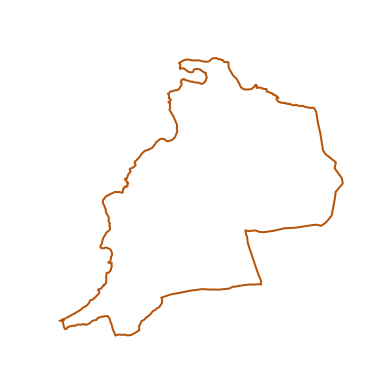 Whitesands, Tafea, Vanuatu (Equal Earth projection), rotated 261°
{"feature_id": "77236927B67758893467366", "entity_name": "Whitesands", "entity_type": "district", "adm_level": 2, "iso_a3": "VUT", "parent_name": "Vanuatu", "parent_adm1": "Tafea", "projection": "equal_earth", "projection_center": [169.437, -19.517], "detail": "fine", "context": "isolated", "style": "outline", "palette": "amber", "viewbox_px": 384, "rotation_deg": 261, "n_neighbors": 0, "source": "geoboundaries", "source_scale": "gbopen_adm2", "svg_char_len": 5952}
<svg xmlns="http://www.w3.org/2000/svg" viewBox="0 0 384 384"><g transform="rotate(261 192 192)"><path d="M87.2,145.0L90.4,145.7L92.4,145.2L93.5,150.9L94.2,155.7L94.3,163.4L94.8,173.4L94.5,187.0L93.0,193.7L91.3,203.9L90.8,213.6L92.1,217.7L91.7,220.4L91.9,223.5L91.9,227.4L91.7,233.6L90.9,238.6L90.5,243.4L89.9,245.5L93.1,246.3L103.0,244.1L129.7,239.6L133.6,239.1L139.4,239.5L141.0,238.8L145.6,238.8L144.4,242.3L144.2,248.4L142.1,252.2L141.1,256.3L140.9,266.7L141.7,277.2L141.0,284.5L140.5,288.5L140.5,306.4L140.2,310.0L138.4,314.3L140.8,319.4L146.9,326.3L163.9,332.3L169.7,334.0L176.8,342.2L182.2,342.2L193.1,336.6L198.9,338.7L208.8,329.5L212.9,327.9L230.4,327.9L240.2,327.2L251.6,327.2L255.7,325.7L256.5,323.8L256.4,322.8L257.1,320.3L257.8,318.9L258.3,317.0L259.7,315.2L260.1,312.0L260.9,309.8L261.7,309.1L261.8,308.1L261.7,306.6L261.7,305.8L263.2,303.0L263.9,302.3L263.9,301.5L263.7,301.4L263.7,301.0L264.2,300.1L264.7,298.6L265.1,298.6L265.3,298.2L265.4,297.3L265.9,295.7L265.9,294.8L267.8,291.4L270.1,290.1L271.7,290.5L271.5,291.9L271.9,291.8L273.2,290.6L273.9,290.3L274.3,289.3L275.3,288.6L275.5,287.3L276.7,286.9L276.9,286.2L277.4,285.6L277.6,284.9L279.0,283.1L279.5,281.7L279.9,281.4L280.1,281.6L280.9,281.7L282.1,281.5L282.8,278.3L283.1,277.9L283.5,277.7L284.0,276.4L284.6,275.4L284.6,272.5L285.1,272.1L285.8,272.8L286.4,272.8L287.8,272.0L287.8,271.5L287.6,271.0L287.1,270.8L286.2,269.8L284.9,267.8L284.3,266.4L284.6,262.6L284.9,261.8L284.9,260.3L285.5,259.1L287.7,256.7L290.4,255.9L292.2,255.6L294.4,254.5L296.0,254.1L297.4,253.4L298.8,252.1L301.4,250.5L304.7,249.3L305.8,248.7L309.9,247.7L312.7,248.0L314.0,248.4L314.4,248.2L314.7,247.9L314.8,247.3L315.2,244.4L317.6,242.9L317.8,242.3L318.0,241.3L318.7,240.7L319.0,238.9L320.3,237.4L320.6,236.5L320.6,235.1L320.8,234.1L320.7,233.2L320.0,231.5L319.4,230.9L318.7,229.8L318.3,228.6L318.4,226.0L319.0,224.4L319.5,222.6L320.8,220.1L321.3,217.0L321.5,216.3L321.5,214.8L321.7,213.7L323.6,208.3L323.7,207.0L323.4,204.5L321.6,199.6L321.0,199.4L320.4,200.3L320.0,200.4L318.1,200.1L316.5,199.3L315.7,199.4L315.4,199.7L315.8,201.6L315.6,202.4L314.9,203.7L311.5,207.0L310.9,208.0L310.6,208.7L310.3,210.4L310.4,211.7L311.1,212.3L312.3,212.8L312.7,213.5L312.9,215.3L312.0,218.9L311.3,219.6L309.1,221.6L307.2,224.3L306.3,223.9L304.3,224.4L302.5,224.4L301.8,223.8L300.5,223.5L299.1,222.0L298.3,221.5L297.9,220.7L297.3,219.1L297.3,218.3L297.8,217.3L298.5,216.4L299.0,215.4L299.5,213.0L300.1,211.1L301.1,209.3L301.5,207.2L302.8,205.1L303.1,203.6L303.7,202.9L304.3,202.5L304.8,201.7L304.7,201.1L304.2,200.1L304.5,199.8L304.5,199.3L302.3,198.2L301.7,198.1L301.4,198.4L300.5,198.7L299.4,198.5L298.1,197.1L296.5,196.1L295.2,194.4L294.9,193.5L294.9,192.6L295.1,191.8L295.1,191.1L294.7,189.1L294.6,186.8L294.2,185.8L293.1,184.7L293.0,183.7L292.9,183.6L292.7,183.6L292.0,184.3L289.9,184.3L288.3,183.9L287.4,185.0L286.8,185.4L286.1,185.4L285.6,184.9L285.1,183.5L284.7,183.3L284.5,182.9L283.9,183.1L283.6,183.5L283.5,184.2L282.9,184.3L280.7,183.6L278.3,183.5L277.2,182.7L276.6,182.7L274.3,183.7L268.8,185.7L261.0,187.6L259.9,187.6L257.5,187.0L255.0,187.0L253.1,186.4L249.2,184.0L248.2,183.0L246.8,181.2L246.4,179.9L245.9,176.2L246.3,175.0L246.8,174.3L248.1,173.4L248.7,172.5L249.2,171.1L249.3,170.1L249.4,169.5L249.2,168.7L247.8,166.4L247.2,164.9L246.6,164.1L244.7,162.8L243.7,161.4L242.9,160.8L242.3,160.1L241.8,159.4L240.8,156.4L240.0,152.2L239.3,150.7L237.7,148.4L233.9,144.7L232.8,142.9L231.8,141.9L231.2,140.6L230.5,139.9L230.1,140.1L228.4,140.2L227.8,140.5L227.3,140.5L226.8,140.0L225.2,137.1L224.7,134.5L224.2,134.0L223.9,134.0L221.8,134.5L220.2,133.0L219.7,132.0L217.3,130.6L216.3,130.3L215.1,129.3L215.1,128.8L215.5,128.5L215.5,127.9L214.8,127.9L213.6,128.7L212.5,129.0L212.2,129.9L211.8,129.9L211.4,129.4L211.1,129.4L210.5,130.1L209.3,129.4L208.0,129.3L207.5,128.7L207.4,128.1L207.9,127.6L208.0,126.8L207.9,126.6L207.3,126.5L206.7,125.9L206.4,124.7L205.5,124.7L204.7,124.1L202.4,123.5L202.3,123.3L202.3,122.5L203.4,120.2L203.6,117.8L204.1,116.3L204.0,115.5L202.1,109.0L201.7,108.7L201.5,107.4L200.7,105.8L197.6,102.6L196.0,102.3L194.4,102.5L192.0,103.3L189.9,103.6L188.6,104.1L186.2,103.8L184.9,104.1L181.2,105.4L179.7,105.7L178.0,105.6L177.2,105.2L175.9,105.1L174.8,105.5L174.3,105.9L173.7,106.0L173.1,105.6L171.3,105.2L170.6,105.5L169.9,105.3L168.4,105.3L168.0,105.2L167.0,104.1L166.0,102.6L165.6,101.6L164.3,100.2L162.7,99.4L161.0,97.4L157.6,95.8L155.8,95.3L155.0,94.8L154.3,94.0L153.6,93.7L152.7,93.0L151.5,93.0L150.7,94.0L150.2,95.4L150.2,96.2L150.6,97.7L150.6,98.5L149.0,101.3L147.7,102.6L145.0,103.3L142.7,103.3L141.7,102.8L140.8,101.8L138.3,101.4L137.3,100.7L136.4,100.6L135.9,100.2L135.9,99.7L135.7,98.6L135.6,98.4L135.2,98.6L134.2,101.5L133.1,101.0L132.1,101.2L130.9,101.2L129.8,100.4L127.7,99.6L126.6,98.7L125.5,97.3L125.3,96.6L125.5,95.6L125.2,94.8L120.8,93.8L118.3,93.6L115.5,92.9L113.9,90.9L114.2,90.8L114.1,90.2L113.9,89.9L112.8,89.3L111.1,87.3L110.7,86.5L110.5,84.8L110.1,84.4L110.1,84.0L109.7,84.0L108.7,84.7L107.8,84.8L106.5,84.4L105.6,83.4L105.0,82.3L103.3,80.3L101.8,77.8L101.1,76.9L101.2,75.5L100.9,74.5L100.3,74.0L98.3,72.8L96.5,70.5L95.7,68.9L94.9,66.5L93.2,63.8L92.5,62.4L91.8,60.3L90.2,56.6L89.3,53.5L88.5,52.0L87.7,49.1L86.8,47.0L86.6,46.1L86.5,44.3L86.3,44.0L85.9,44.1L85.6,44.4L85.7,42.4L85.5,41.8L84.7,43.4L84.0,44.1L78.8,44.4L76.6,45.1L76.6,47.0L77.4,47.3L78.1,48.9L78.4,50.4L78.6,53.5L78.1,55.5L78.9,58.0L78.9,59.2L78.3,61.3L78.5,64.0L78.1,65.4L77.4,66.2L77.4,67.4L78.4,70.5L79.5,72.0L80.3,73.6L80.6,75.7L80.6,77.5L82.4,79.4L82.9,83.7L82.8,88.4L82.6,89.5L80.9,90.1L80.3,90.7L75.5,91.3L73.8,91.9L68.9,92.3L62.2,94.0L62.6,95.6L62.6,97.3L62.5,98.5L61.9,100.0L61.6,103.5L60.6,105.3L60.3,107.4L60.3,109.4L60.8,111.1L62.9,116.6L63.6,117.5L63.7,118.3L68.5,118.9L69.2,119.9L72.5,122.0L72.8,123.6L73.4,124.9L75.4,127.5L75.8,128.8L76.9,130.6L77.5,131.2L77.5,131.5L80.5,134.8L80.9,136.0L81.1,137.0L82.5,139.1L83.4,141.7L87.2,145.0Z" fill="none" stroke="#b45309" stroke-width="2"/></g></svg>